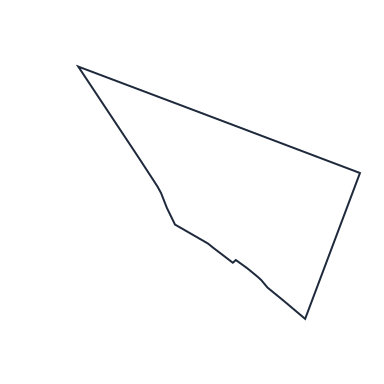 Toujounine, Nouakchott, Mauritania, rotated 291°
{"feature_id": "47542326B78041808774540", "entity_name": "Toujounine", "entity_type": "district", "adm_level": 2, "iso_a3": "MRT", "parent_name": "Mauritania", "parent_adm1": "Nouakchott", "projection": "albers", "projection_center": [-15.928, 18.086], "detail": "fine", "context": "isolated", "style": "outline", "palette": "slate", "viewbox_px": 384, "rotation_deg": 291, "n_neighbors": 0, "source": "geoboundaries", "source_scale": "gbopen_adm2", "svg_char_len": 417}
<svg xmlns="http://www.w3.org/2000/svg" viewBox="0 0 384 384"><g transform="rotate(291 192 192)"><path d="M114.1,343.1L269.9,342.0L269.1,175.1L268.3,40.9L205.1,129.7L189.7,151.0L184.5,158.1L179.9,163.5L168.1,174.3L155.5,187.8L149.6,225.4L147.5,231.9L140.6,255.4L141.6,256.0L144.2,257.3L140.6,270.9L136.4,283.6L134.6,288.2L129.8,296.8L123.1,317.1L114.1,343.1Z" fill="none" stroke="#1e293b" stroke-width="2"/></g></svg>